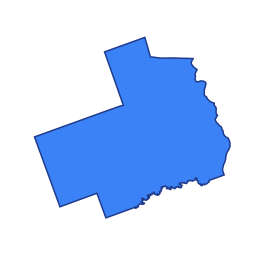 Nuku District, Sandaun, Papua New Guinea, rotated 70°
{"feature_id": "67681753B13324685837362", "entity_name": "Nuku District", "entity_type": "district", "adm_level": 2, "iso_a3": "PNG", "parent_name": "Papua New Guinea", "parent_adm1": "Sandaun", "projection": "albers", "projection_center": [142.54, -3.723], "detail": "fine", "context": "isolated", "style": "filled", "palette": "blue", "viewbox_px": 256, "rotation_deg": 70, "n_neighbors": 0, "source": "geoboundaries", "source_scale": "gbopen_adm2", "svg_char_len": 4700}
<svg xmlns="http://www.w3.org/2000/svg" viewBox="0 0 256 256"><g transform="rotate(70 128 128)"><path d="M48.4,124.0L105.0,124.6L105.0,125.8L104.8,127.3L104.7,128.1L104.7,128.3L104.6,141.3L104.4,218.9L178.8,218.9L178.7,179.5L204.9,179.5L204.9,158.0L204.9,149.8L205.0,149.6L205.1,149.1L205.3,148.9L205.7,148.7L205.9,148.5L206.1,147.9L205.9,147.7L205.7,147.7L205.3,148.2L205.0,148.2L204.5,147.8L204.5,147.4L204.9,146.9L205.8,146.2L205.5,145.8L205.4,145.2L204.6,145.3L204.5,145.2L204.3,144.7L203.7,144.3L203.7,143.0L203.3,142.5L203.3,141.8L203.6,141.4L204.3,141.2L204.6,140.9L204.7,140.5L204.8,139.7L204.6,139.4L204.2,139.4L204.6,138.8L204.6,138.4L204.2,138.3L204.0,138.5L203.8,139.1L203.3,139.5L202.4,139.8L202.1,140.1L202.1,140.4L201.9,140.7L201.5,140.3L201.7,139.3L201.6,139.2L201.3,139.1L200.5,139.0L199.5,139.1L199.0,139.0L198.7,138.8L198.9,138.4L199.3,138.3L199.8,137.7L200.0,137.7L200.3,137.9L200.8,137.9L201.0,137.6L200.4,137.1L200.5,136.8L201.2,136.8L201.3,136.7L202.2,135.8L202.1,135.5L201.6,135.2L201.5,134.6L201.8,134.2L201.8,133.7L201.4,133.6L201.0,133.1L201.1,132.1L200.9,131.8L200.1,131.9L200.0,132.0L199.9,132.5L199.7,132.8L198.9,132.7L198.1,133.0L197.9,132.9L197.8,132.7L198.3,132.0L197.9,131.6L197.9,131.2L198.2,130.9L198.4,130.9L198.6,131.3L199.0,131.8L199.6,131.2L198.8,130.1L198.8,128.5L198.7,128.3L198.2,128.9L197.9,128.9L197.7,128.6L197.7,128.3L198.1,127.0L198.0,126.4L197.2,125.9L197.1,125.6L197.3,125.4L197.7,125.5L198.4,125.3L199.2,125.7L199.5,125.5L200.4,124.3L200.4,124.1L200.3,123.8L200.3,123.6L200.5,123.5L201.2,123.5L201.3,123.3L201.2,123.0L200.6,123.0L200.2,122.7L200.3,122.5L201.2,121.7L200.5,120.9L200.5,120.4L198.7,120.2L198.6,119.6L199.1,119.1L199.1,118.9L198.5,118.8L198.3,118.6L198.2,118.2L197.5,118.2L197.2,118.1L196.9,117.0L196.6,116.7L196.4,116.7L195.9,117.3L195.6,117.3L195.1,116.8L194.7,115.9L194.8,115.7L195.3,115.9L195.5,115.8L195.6,115.6L195.1,115.0L195.1,114.8L195.5,114.2L195.5,113.9L195.2,113.5L195.1,112.7L195.4,112.4L196.0,112.1L196.7,111.5L196.9,111.5L197.2,111.7L197.2,112.2L197.6,112.5L198.1,112.4L198.4,112.1L198.5,111.4L198.2,110.8L198.2,110.3L199.1,110.4L199.3,110.3L200.4,109.0L200.4,108.7L200.0,108.4L198.8,108.1L198.0,108.2L197.8,108.2L197.7,107.6L197.9,107.3L198.5,106.6L198.8,106.6L199.3,106.7L199.6,106.5L199.8,105.5L200.6,105.4L200.9,105.2L200.9,104.5L200.7,104.0L200.1,103.5L200.1,103.3L200.4,102.8L200.3,102.3L199.9,101.9L200.0,101.1L200.3,100.7L200.9,100.8L200.8,100.3L201.3,100.1L201.7,99.4L202.0,99.3L202.3,99.0L202.2,98.7L201.9,97.9L201.2,97.8L200.8,97.4L200.6,96.9L200.2,96.8L200.0,97.2L199.4,97.9L199.3,98.5L199.0,98.5L198.8,98.3L198.4,98.6L198.4,98.9L198.2,99.0L197.7,98.8L197.6,98.2L197.8,97.1L198.1,96.7L198.1,96.1L197.7,95.7L199.1,94.1L199.2,93.7L198.9,93.2L200.0,92.5L200.1,92.3L200.0,91.8L199.7,91.1L199.0,90.5L198.9,90.1L198.6,90.1L198.2,89.8L198.2,89.4L198.5,88.8L198.3,87.8L199.2,87.1L199.2,86.1L199.9,85.5L199.9,85.2L199.7,85.0L199.7,84.5L199.9,84.2L199.6,83.4L199.6,82.7L199.0,82.5L198.8,82.3L198.7,81.8L198.0,81.8L197.9,81.6L198.0,81.3L199.1,81.2L199.4,81.0L199.3,80.6L199.6,80.5L200.3,80.9L200.6,81.4L200.9,81.3L201.5,80.6L202.0,80.5L202.6,80.7L203.4,80.6L203.7,80.8L204.2,80.7L204.5,80.2L205.1,80.1L205.5,79.6L205.4,79.1L206.9,79.1L207.2,78.8L207.3,77.9L206.7,77.7L206.4,76.4L206.6,76.0L207.4,75.9L207.6,75.6L207.2,74.2L207.4,73.4L206.8,71.8L206.6,71.3L206.5,70.3L206.3,70.1L205.5,69.9L205.0,69.7L205.0,53.7L204.4,53.8L203.7,53.6L202.5,53.7L201.3,53.7L200.2,53.6L199.1,53.2L198.2,52.7L195.6,51.1L193.5,49.1L192.2,48.0L191.1,47.2L190.0,46.6L189.0,46.2L187.4,45.2L185.2,43.7L184.3,42.7L183.6,41.8L182.9,40.8L181.8,39.8L180.2,38.4L179.2,38.1L177.6,37.5L175.8,37.1L174.8,37.2L173.5,37.2L171.8,37.4L170.6,38.3L169.7,39.4L167.7,40.0L166.0,40.3L164.6,40.0L163.0,39.7L161.9,40.1L159.9,39.9L159.3,39.9L158.3,40.2L157.8,40.9L157.0,41.4L155.3,41.8L154.6,42.1L154.2,42.4L152.0,43.2L149.8,43.2L149.2,42.4L148.3,41.4L147.4,40.9L147.2,40.0L146.7,39.5L145.5,40.1L144.1,40.1L142.3,39.5L140.9,38.8L139.4,38.4L138.2,38.4L137.6,38.7L137.0,39.1L135.6,39.0L134.2,38.4L134.1,38.5L133.9,38.8L132.6,40.4L131.8,41.0L131.1,41.9L129.5,42.6L128.2,43.3L127.4,43.5L125.7,43.6L124.7,44.1L124.2,44.9L123.8,45.2L123.2,45.1L122.6,44.9L121.1,44.2L119.4,43.8L118.1,43.0L117.1,42.5L115.8,41.4L113.8,40.0L112.7,39.5L111.3,39.6L110.2,40.6L109.4,41.7L109.1,42.6L108.6,43.6L108.6,44.9L108.5,46.4L108.2,47.3L107.7,47.9L106.6,48.3L105.3,48.2L103.7,47.7L103.1,47.2L102.1,46.8L101.0,46.9L99.5,46.0L98.7,45.1L97.4,43.7L96.9,43.2L96.5,43.2L94.8,44.4L93.3,45.3L91.9,45.8L90.2,46.4L88.8,46.5L87.6,45.9L86.7,44.9L85.4,43.4L85.0,43.1L81.5,52.0L78.1,60.4L73.4,73.7L70.0,80.1L69.0,82.6L48.6,81.2L48.4,124.0Z" fill="#3b82f6" stroke="#1e3a8a" stroke-width="1.5"/></g></svg>